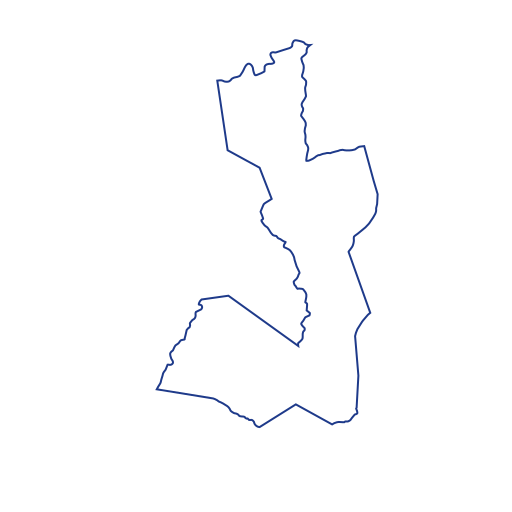 Tambla, Lempira, Honduras, rotated 249°
{"feature_id": "27666195B79169869428311", "entity_name": "Tambla", "entity_type": "district", "adm_level": 2, "iso_a3": "HND", "parent_name": "Honduras", "parent_adm1": "Lempira", "projection": "robinson", "projection_center": [-88.75, 14.234], "detail": "fine", "context": "isolated", "style": "outline", "palette": "blue", "viewbox_px": 512, "rotation_deg": 249, "n_neighbors": 0, "source": "geoboundaries", "source_scale": "gbopen_adm2", "svg_char_len": 6123}
<svg xmlns="http://www.w3.org/2000/svg" viewBox="0 0 512 512"><g transform="rotate(249 256 256)"><path d="M284.1,392.8L319.8,396.4L320.7,392.9L321.0,391.5L320.8,389.8L320.3,387.9L320.0,386.5L320.4,383.6L321.0,381.4L322.3,378.0L323.0,376.6L324.1,374.9L324.7,372.3L324.7,370.2L325.0,368.1L325.4,364.0L325.4,362.2L326.4,360.1L326.8,358.7L326.9,357.6L327.2,355.9L327.4,354.7L327.4,351.6L327.8,350.3L327.5,348.1L326.9,346.2L326.4,343.9L326.2,341.3L326.1,339.4L326.3,338.6L326.8,337.2L327.6,337.3L330.7,339.0L333.4,340.6L336.2,342.6L337.9,343.4L339.0,343.6L341.0,343.5L341.8,343.3L342.9,342.9L343.3,342.8L345.1,343.1L346.7,343.6L348.9,344.7L350.2,345.2L351.7,345.6L353.8,345.8L355.1,346.1L357.7,347.5L360.1,349.3L361.8,349.9L362.8,350.1L364.4,350.0L366.7,349.5L370.0,348.5L370.6,348.4L371.1,348.5L371.6,348.8L372.8,349.7L373.7,350.7L374.5,351.7L376.1,352.6L377.0,352.9L378.5,352.6L379.8,352.6L380.8,352.8L381.5,353.1L382.8,354.3L385.3,357.8L386.9,359.6L387.2,359.9L388.4,360.3L392.6,361.2L395.1,362.0L396.0,362.5L397.2,363.5L398.0,364.1L400.2,365.1L401.3,365.4L401.9,365.3L403.8,364.6L406.0,363.5L406.6,363.3L407.0,363.3L408.4,363.9L410.5,365.6L411.6,366.4L414.1,367.8L415.0,368.2L417.2,368.8L419.1,368.7L420.9,368.7L423.0,368.9L424.1,369.1L424.7,369.6L425.2,370.4L426.1,373.3L426.6,374.6L427.2,375.5L428.0,376.3L430.0,377.0L431.7,378.2L432.2,378.9L432.6,379.5L433.5,382.3L433.8,381.3L434.2,380.3L435.7,378.5L436.6,377.8L437.7,377.5L438.1,377.3L439.1,376.4L440.0,375.3L441.5,373.2L442.7,371.3L443.3,370.0L443.4,369.3L443.3,368.6L443.1,368.1L441.8,366.5L441.0,365.9L439.6,365.3L439.0,364.9L438.4,363.8L438.1,362.5L438.1,361.4L438.5,355.3L438.9,347.7L439.1,346.8L439.8,345.6L440.2,344.7L440.3,343.6L440.1,342.7L439.7,342.2L439.2,341.8L438.6,341.5L437.8,341.5L436.4,341.5L434.9,341.7L431.6,342.5L430.5,342.5L430.1,342.2L429.8,341.7L429.7,340.3L430.0,338.9L430.7,337.0L430.9,335.9L431.0,334.5L430.7,333.4L430.3,332.6L429.6,331.9L425.6,330.2L425.3,330.0L425.2,329.7L424.8,326.4L424.7,321.8L424.8,320.7L425.2,320.0L425.9,319.7L428.0,319.7L430.0,319.9L432.9,320.5L434.6,320.4L436.0,320.0L437.1,319.4L437.8,318.7L438.1,318.2L438.2,317.7L438.3,317.1L438.1,316.4L437.8,315.5L437.4,314.8L436.2,313.2L433.7,310.6L432.5,309.2L430.3,306.1L430.0,305.6L429.9,305.0L429.9,302.8L430.4,299.6L430.3,298.1L430.1,296.8L429.3,295.5L429.0,294.7L428.7,293.5L428.8,292.3L429.2,291.0L429.8,289.8L430.3,289.0L431.7,287.6L432.4,286.6L433.0,285.0L433.6,282.7L364.9,267.4L337.1,291.0L303.7,291.1L303.1,288.4L302.4,284.6L302.0,282.9L301.7,282.1L301.4,281.6L300.1,280.3L295.8,276.2L295.0,276.1L291.9,276.2L288.6,276.1L288.2,275.9L287.9,275.5L287.7,274.5L287.5,274.0L287.1,273.8L286.7,273.7L284.8,274.0L281.8,274.9L280.6,275.5L279.0,276.6L278.2,277.0L276.5,277.4L272.4,278.2L269.6,279.2L268.5,280.3L267.7,281.7L267.4,282.1L266.5,282.5L265.4,282.7L264.6,283.1L264.1,283.6L263.2,284.6L262.3,285.3L260.8,286.3L259.4,287.5L258.7,288.4L258.4,288.6L257.8,288.1L257.0,286.9L256.3,286.1L255.3,285.5L254.4,285.4L253.9,285.6L253.0,286.6L251.1,288.4L249.6,289.5L248.4,290.0L247.1,290.4L244.0,291.0L241.2,291.1L238.3,290.6L231.8,290.2L225.8,290.7L224.7,290.6L224.3,290.3L223.5,289.2L221.7,287.7L220.5,286.2L220.1,285.5L219.1,283.0L218.6,282.1L218.2,281.9L217.3,281.7L216.0,281.6L214.8,281.7L213.8,282.2L212.0,282.5L210.7,282.9L210.4,283.2L210.3,284.3L209.7,285.5L208.9,287.1L208.4,287.8L207.9,288.1L206.7,288.5L204.6,289.1L203.7,289.2L202.1,289.2L200.4,288.6L198.9,287.8L195.3,285.5L195.0,285.5L194.3,286.0L193.4,286.5L192.9,286.5L191.6,286.0L187.0,283.8L183.6,285.8L183.0,285.7L182.1,285.2L181.6,284.8L181.4,284.6L181.2,281.0L181.0,279.9L178.6,276.9L177.5,275.0L176.8,274.1L176.3,273.9L175.7,273.9L173.9,274.4L171.3,275.5L170.6,275.4L169.9,275.1L169.2,274.6L168.6,273.2L168.0,272.6L166.6,271.7L163.5,270.5L162.2,269.8L161.7,269.2L161.0,267.9L160.3,266.3L159.8,264.7L159.6,264.3L159.2,264.0L158.6,263.6L157.8,263.4L156.9,263.2L228.8,216.0L234.9,189.6L234.3,188.3L233.7,187.3L232.4,185.9L231.5,185.3L231.2,185.3L230.9,185.5L230.5,186.4L230.1,186.9L229.6,187.3L229.2,187.5L228.4,187.5L227.6,187.4L226.9,187.0L226.4,186.5L226.0,186.0L225.8,185.5L225.3,179.9L224.7,179.3L223.9,178.9L221.8,178.2L220.9,177.6L220.2,177.0L219.8,176.4L219.4,175.6L219.1,174.1L218.9,173.4L217.5,171.0L217.1,170.4L216.7,170.1L214.8,169.6L213.4,168.6L213.1,168.1L213.0,167.1L212.7,166.5L211.8,164.8L207.0,161.6L205.1,160.2L203.8,159.5L203.7,159.2L204.2,156.3L204.2,155.7L203.7,154.5L202.7,153.1L202.2,152.1L201.4,148.8L201.2,148.5L200.0,147.0L197.7,144.7L197.5,144.2L197.0,142.6L196.2,141.4L195.8,141.0L195.2,140.7L193.5,140.3L190.4,140.1L188.4,140.5L187.6,140.6L186.5,140.4L185.9,140.1L185.5,139.6L185.2,139.0L185.0,138.3L185.0,137.6L185.2,136.6L186.0,135.2L186.2,134.5L186.1,134.4L182.5,131.1L182.0,130.5L180.8,128.5L179.7,127.2L177.7,125.8L174.5,123.3L172.3,121.8L171.4,121.0L169.0,117.8L167.1,115.6L138.4,164.9L137.8,165.6L137.2,166.3L135.3,168.0L133.5,169.1L132.0,170.7L130.1,172.4L128.1,173.9L126.4,175.2L125.0,176.0L123.5,176.5L122.5,176.7L121.1,176.8L120.3,177.0L119.1,177.7L117.4,179.0L116.9,179.6L116.1,180.9L115.2,181.9L114.2,182.6L112.9,183.0L112.3,183.5L111.5,184.8L110.6,186.7L110.1,187.4L109.6,187.8L108.8,188.0L108.4,188.2L107.6,188.9L107.3,189.9L106.3,190.4L105.4,190.8L105.0,191.8L104.6,193.1L104.1,193.7L103.2,194.2L102.1,194.6L101.4,194.6L100.1,194.5L99.1,194.7L98.2,195.0L97.4,195.4L96.7,195.9L96.0,196.5L95.3,197.5L95.0,198.1L103.2,240.0L71.5,266.7L71.9,269.2L71.8,271.9L71.4,273.8L69.8,277.3L69.2,278.8L69.3,279.2L69.5,279.8L69.5,280.2L68.6,282.5L68.7,284.0L69.0,285.3L70.5,287.6L72.4,291.0L72.6,291.5L72.5,292.6L72.6,293.6L72.8,294.1L73.3,294.4L73.9,294.6L75.3,294.8L77.6,294.8L78.0,295.2L78.4,295.6L107.6,308.7L145.7,319.8L148.5,321.8L151.4,324.5L156.4,331.2L157.5,332.9L161.0,339.4L161.5,340.8L162.0,342.3L226.7,343.9L227.3,344.6L228.3,346.3L229.8,348.6L230.4,349.4L231.3,350.3L232.7,351.4L234.5,352.5L235.6,353.0L237.7,353.7L238.6,354.2L238.9,354.4L239.4,355.4L240.4,359.1L243.5,368.4L245.4,372.4L246.0,373.5L249.9,379.1L252.6,382.4L253.6,383.3L254.7,384.1L255.7,384.6L257.6,385.3L261.1,387.7L270.1,391.7L284.1,392.8Z" fill="none" stroke="#1e3a8a" stroke-width="2"/></g></svg>